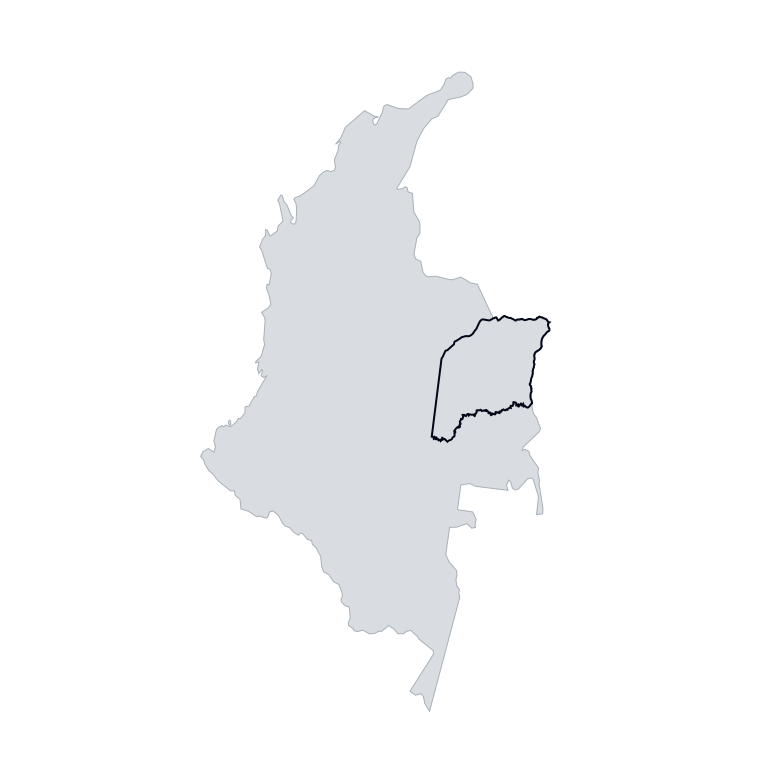 where Vichada sits in Colombia, rotated 7°
{"feature_id": "COL-1427", "entity_name": "Vichada", "entity_type": "Commissiary", "adm_level": 1, "iso_a3": "COL", "parent_name": "Colombia", "parent_adm1": "", "projection": "equal_earth", "projection_center": [-69.078, 4.548], "detail": "fine", "context": "in_parent", "style": "outline", "palette": "ink", "viewbox_px": 768, "rotation_deg": 7, "n_neighbors": 0, "source": "natural_earth", "source_scale": "10m", "svg_char_len": 9655}
<svg xmlns="http://www.w3.org/2000/svg" viewBox="0 0 768 768"><g transform="rotate(7 384 384)"><path d="M431.1,86.5L425.0,89.8L413.1,93.9L404.8,111.8L399.2,114.9L392.3,125.5L387.2,138.6L383.2,165.4L372.9,188.1L373.7,189.1L377.8,188.1L381.6,185.6L383.0,186.3L384.4,190.3L389.0,191.3L392.7,209.7L399.7,219.1L400.4,222.7L401.3,230.3L398.8,235.0L398.0,251.9L400.2,256.0L405.5,257.7L409.0,268.2L411.2,270.7L414.4,272.3L422.2,270.7L436.1,272.4L439.4,272.1L447.3,268.5L457.2,273.0L464.5,273.7L484.5,305.5L486.5,304.5L489.0,306.4L494.1,303.1L498.4,302.6L504.1,304.2L511.7,304.2L526.8,300.9L529.1,299.1L537.4,300.9L539.8,303.3L541.0,309.2L540.1,312.9L537.2,316.6L535.6,321.3L535.3,327.1L533.8,331.4L531.1,334.1L530.1,338.2L530.7,343.5L529.2,367.4L530.4,369.4L531.3,379.3L534.8,392.1L536.5,395.8L539.4,398.7L544.8,409.3L543.6,412.9L529.9,429.4L529.2,433.2L531.8,431.7L536.0,433.2L537.5,437.2L547.7,448.7L547.5,453.1L550.4,461.7L549.9,463.7L557.0,488.3L557.2,493.5L551.3,495.0L551.1,478.4L550.3,475.1L543.6,460.4L542.2,459.2L537.8,460.9L530.4,471.7L527.0,473.3L524.2,471.8L521.4,465.4L519.6,464.2L517.9,469.6L520.1,474.4L487.5,474.4L481.2,472.4L472.5,474.9L472.3,499.8L487.8,500.2L492.0,507.3L491.6,513.1L492.3,515.2L488.6,516.4L483.2,512.5L473.6,517.2L466.6,518.3L466.1,545.9L470.3,552.7L478.6,560.1L479.8,565.1L479.2,569.8L481.1,575.8L483.9,578.9L483.8,582.5L485.2,586.4L469.1,703.2L463.4,696.1L461.3,689.6L458.5,687.0L453.1,689.0L447.2,685.8L466.0,646.2L465.4,642.6L449.7,632.9L448.0,630.5L440.5,625.3L436.4,626.8L434.0,629.4L428.3,630.2L423.7,626.0L418.2,623.2L411.6,629.9L409.6,629.8L404.9,632.7L399.8,633.8L393.3,630.9L388.0,632.9L384.3,632.5L382.9,630.4L378.2,628.0L377.7,625.4L379.0,620.5L377.0,610.8L376.2,609.2L372.6,609.0L368.4,605.6L367.6,603.5L368.5,599.6L367.7,596.2L363.6,588.5L358.0,586.5L352.5,580.0L347.0,577.8L344.5,573.2L342.1,562.8L336.5,554.7L332.5,552.0L331.2,548.2L327.1,547.7L321.6,542.5L319.1,542.1L317.4,544.6L312.3,542.0L307.9,538.1L303.4,537.1L300.4,534.7L295.1,527.2L289.3,523.6L285.9,525.0L284.8,530.5L282.9,531.5L276.2,530.1L275.1,531.2L273.4,531.0L265.2,526.9L257.2,525.4L255.2,516.1L250.0,512.7L248.5,508.3L244.8,508.8L231.1,500.3L225.4,494.5L220.6,491.2L215.5,484.6L214.7,482.0L210.8,478.1L212.7,473.2L217.4,469.5L223.6,472.4L224.4,466.6L222.1,461.5L223.2,450.0L224.8,447.4L228.2,445.1L230.3,446.0L231.7,444.1L236.7,444.9L238.2,444.1L242.0,439.5L243.7,435.8L245.4,436.2L249.5,429.9L248.9,423.7L252.7,422.4L256.8,412.2L258.5,411.9L259.4,407.1L266.6,390.2L264.0,392.2L261.2,391.0L261.7,385.3L260.8,384.6L258.5,389.0L256.6,384.6L257.1,377.4L254.0,378.7L254.1,377.1L258.7,371.6L260.7,359.2L259.2,354.7L258.3,336.1L257.5,332.6L253.8,327.9L259.8,322.6L262.0,318.6L259.3,310.4L255.8,303.4L255.7,299.3L257.8,299.7L258.7,288.2L256.8,283.8L254.3,283.7L246.5,266.7L243.8,263.1L245.9,255.0L248.3,251.4L247.8,245.2L249.4,245.5L252.8,251.1L254.1,250.2L259.5,244.9L259.7,239.9L264.0,234.7L258.1,217.3L256.1,214.6L258.6,209.0L260.0,209.3L262.3,214.8L266.0,218.4L271.4,228.1L273.8,230.2L272.0,232.4L271.7,234.7L272.5,236.0L275.6,236.3L276.9,233.6L276.1,221.8L274.8,215.9L272.0,211.7L272.9,210.0L278.5,207.1L290.3,195.9L294.4,185.3L297.5,181.5L301.0,179.0L305.2,179.6L308.5,178.3L309.5,174.9L307.4,167.6L310.0,157.6L309.9,152.5L311.6,149.5L311.0,148.3L306.7,151.9L311.2,144.8L314.3,134.0L331.4,115.1L342.4,119.7L346.0,119.4L341.4,121.7L340.7,124.5L342.2,127.3L343.9,128.2L345.3,126.3L349.1,115.2L349.7,109.1L351.3,107.0L353.7,106.3L364.5,108.9L374.8,108.0L391.5,92.2L404.2,85.4L407.3,78.9L408.2,74.1L410.4,72.2L412.8,72.2L414.3,69.5L420.1,65.3L426.3,64.8L432.8,68.5L435.8,75.0L436.3,79.5L431.1,86.5ZM236.9,442.9L236.1,443.7L234.6,442.2L234.1,440.3L235.0,438.9L236.2,439.3L236.9,442.9Z" fill="#d9dde1" stroke="#a8b0b8" stroke-width="1"/><path d="M540.7,302.6L540.0,303.4L539.7,303.8L539.5,304.3L539.6,305.8L540.6,308.0L541.3,308.7L541.6,309.5L541.6,310.4L541.5,311.0L541.2,311.4L540.1,312.0L539.7,312.3L538.4,314.3L538.1,314.9L536.4,317.1L535.8,318.5L535.3,320.0L535.1,321.6L535.1,323.4L535.4,325.6L535.5,326.4L536.1,327.3L536.0,327.8L535.5,328.6L535.1,330.0L534.6,330.3L534.3,330.6L533.8,331.4L533.6,331.6L532.7,332.0L532.2,332.8L531.7,332.8L530.5,334.0L529.8,335.5L529.6,337.1L529.8,338.6L530.1,339.2L530.3,339.8L530.4,340.5L530.4,341.4L530.4,341.7L530.1,342.6L530.0,343.1L530.0,343.9L530.2,344.7L530.4,345.0L530.9,345.8L531.0,346.1L530.9,346.5L530.7,347.0L530.7,348.9L530.6,349.6L530.2,351.1L530.1,352.6L530.0,353.5L530.4,354.7L530.4,355.1L530.3,355.6L530.4,356.0L530.2,356.7L530.2,358.4L529.9,359.0L529.7,359.6L529.5,360.4L529.4,362.6L529.2,363.6L529.3,364.8L529.2,365.2L529.1,365.5L528.9,365.7L528.7,365.9L528.7,366.5L528.8,366.9L529.0,367.2L529.2,367.6L529.5,367.8L529.5,367.5L530.0,368.0L530.2,368.5L530.4,369.9L530.5,370.0L530.9,370.2L531.0,370.4L531.0,370.7L530.9,371.3L530.8,371.6L530.9,372.1L531.3,372.9L531.4,373.4L531.3,373.9L530.8,375.1L530.7,376.6L530.8,377.9L531.1,379.1L531.2,380.3L531.5,381.0L532.0,381.6L532.5,382.3L532.8,383.6L533.1,384.0L533.3,384.7L533.2,385.4L532.7,385.7L532.3,386.1L530.9,388.7L529.7,389.8L528.6,389.9L527.6,389.3L526.5,388.5L525.9,389.1L525.5,389.4L525.2,389.3L524.9,388.9L524.9,387.5L524.7,387.0L524.1,388.4L523.7,388.6L523.2,388.0L522.8,387.0L522.5,386.7L522.1,386.8L521.9,387.3L521.6,388.2L521.3,388.7L520.7,389.7L520.3,390.0L519.9,389.9L519.7,389.6L519.8,389.2L520.0,388.8L520.1,388.4L519.8,387.9L519.1,388.3L517.9,389.1L517.7,388.5L517.7,387.6L517.5,386.8L516.9,386.4L515.6,386.2L515.0,386.1L514.6,386.4L514.6,387.1L515.0,387.7L515.1,388.1L514.8,388.6L514.6,389.2L514.5,389.8L514.3,390.1L513.0,390.1L512.5,390.2L512.3,390.7L512.4,391.2L512.6,391.8L512.4,391.7L512.1,391.9L511.8,392.2L511.7,392.6L510.7,392.9L510.3,393.3L509.9,393.9L509.8,394.5L509.6,394.7L509.3,394.6L509.0,394.3L508.6,394.3L508.4,394.5L508.1,394.9L507.7,395.2L506.8,395.3L506.3,395.1L505.9,394.8L505.5,394.7L504.9,395.4L504.1,395.6L504.0,396.6L503.9,397.0L503.6,397.2L502.4,397.0L502.1,397.3L502.2,398.1L502.2,398.8L501.6,398.8L501.2,398.3L501.0,398.0L500.7,398.1L499.7,398.8L499.3,398.8L499.0,398.7L499.0,398.4L498.6,398.1L498.4,398.1L498.2,398.3L498.0,398.8L498.1,400.4L497.7,400.7L495.8,400.3L495.5,400.1L495.1,400.5L494.8,401.4L494.5,401.7L494.1,401.9L493.8,401.7L493.7,401.4L493.5,401.2L493.6,400.1L493.4,400.1L492.9,399.6L492.7,399.4L492.3,399.5L491.6,400.2L491.4,400.2L491.4,399.6L491.3,399.4L491.2,399.2L490.7,398.9L490.4,398.4L490.1,398.3L489.8,398.4L489.5,398.4L489.3,398.0L489.1,397.5L488.7,397.3L488.3,397.4L488.1,397.8L488.1,398.4L487.8,398.4L487.4,398.0L486.8,397.9L485.7,398.4L485.1,398.6L484.6,398.8L484.4,398.9L484.1,398.8L483.9,398.4L483.6,398.0L483.1,397.8L482.6,398.0L481.7,398.5L481.1,398.7L480.4,398.7L480.0,398.6L479.5,398.7L479.2,398.9L479.1,399.3L479.3,399.6L479.4,400.0L479.2,401.5L478.7,402.1L478.4,402.1L478.2,402.4L478.1,404.5L477.9,404.8L477.6,404.7L477.1,404.1L476.5,403.5L476.1,403.4L475.6,403.7L474.9,403.8L472.9,403.7L472.4,403.8L472.2,404.6L472.0,404.9L471.6,404.1L471.4,403.7L471.2,403.5L470.6,403.6L470.3,403.9L470.0,404.4L469.2,405.9L468.6,405.7L468.3,405.5L468.1,405.2L467.8,405.0L467.1,404.9L466.4,404.9L465.8,405.1L466.0,405.5L466.6,406.7L466.4,407.3L466.2,409.0L465.9,409.3L464.7,409.3L464.7,410.2L464.6,410.4L464.4,410.9L464.3,411.3L463.8,411.9L463.9,412.4L464.1,413.0L464.5,413.4L464.8,413.8L464.8,414.1L464.8,414.3L464.3,414.4L464.1,414.7L464.1,415.4L464.5,416.4L464.6,417.0L464.5,417.4L464.2,417.6L463.8,416.8L463.7,416.6L463.5,417.2L463.5,417.7L463.5,418.1L463.1,418.3L462.9,418.2L462.5,417.8L462.4,417.7L462.2,417.9L462.1,418.2L461.5,418.7L461.1,419.2L460.4,420.2L460.0,421.3L459.5,421.8L459.4,422.1L459.5,422.3L460.1,422.5L460.4,422.6L460.6,422.9L460.7,423.2L460.6,423.5L460.3,423.8L459.9,423.9L459.8,424.1L459.9,424.5L460.1,425.1L460.3,425.9L460.3,426.8L460.1,427.5L458.6,428.7L458.4,429.2L458.2,430.1L457.9,430.6L457.2,431.2L454.8,432.5L453.9,433.6L451.2,431.3L450.8,431.2L450.2,431.2L449.9,431.7L449.6,431.7L448.9,430.6L448.6,430.3L448.3,430.3L448.3,430.5L448.3,430.8L448.5,431.3L448.6,431.7L448.6,432.1L448.4,432.4L447.2,433.6L446.9,432.7L446.8,432.4L446.6,432.4L446.3,432.5L445.9,432.9L445.5,433.1L445.0,433.3L444.7,433.1L444.4,432.2L444.0,431.8L443.5,431.9L442.8,432.3L442.7,432.1L442.8,431.7L442.8,431.2L442.4,430.7L442.1,430.8L442.0,431.1L442.0,431.6L441.8,431.9L441.6,431.6L441.2,430.9L440.7,430.4L440.4,430.9L440.5,431.5L440.5,432.0L440.4,432.3L440.2,432.5L440.0,432.3L440.0,431.9L440.1,431.1L440.0,430.9L439.5,430.7L439.0,430.6L438.5,430.1L437.8,430.3L438.0,351.6L438.3,351.2L438.9,350.1L440.8,344.0L441.3,343.3L442.4,342.9L442.9,342.6L447.9,336.8L448.4,336.5L448.6,336.1L448.7,334.3L448.9,333.6L449.3,333.0L450.6,332.3L451.1,331.9L451.7,331.3L453.6,329.9L455.4,328.1L456.0,327.8L456.6,327.7L458.4,326.8L459.5,326.5L461.7,326.3L462.9,326.0L463.7,325.5L464.7,324.7L465.6,323.8L466.2,322.9L467.2,320.9L467.4,320.3L468.6,318.7L469.1,317.6L471.1,311.3L471.7,310.0L472.6,308.8L473.4,308.1L474.3,307.8L480.4,308.1L481.5,307.8L484.4,305.5L485.1,305.3L486.5,304.4L487.2,304.2L487.8,304.6L489.0,306.5L489.6,307.1L491.3,305.9L492.9,303.7L493.6,303.2L494.4,302.2L494.9,301.9L495.6,301.8L496.2,302.0L497.3,302.6L497.8,302.5L498.4,302.7L499.1,303.0L499.7,303.1L501.5,303.0L502.1,303.1L503.9,303.9L504.6,304.0L505.1,304.2L506.3,304.9L507.0,305.0L507.4,304.8L508.1,303.9L508.5,303.7L510.2,303.6L512.3,302.7L512.9,302.6L513.5,302.7L515.4,303.4L516.4,303.4L519.7,301.9L520.9,301.6L524.5,302.1L525.7,301.9L526.7,301.4L527.2,301.2L527.5,300.9L527.6,300.5L527.7,300.1L527.8,299.7L528.1,299.5L528.5,299.6L528.8,299.5L529.1,299.2L529.7,298.4L530.0,298.2L530.7,298.4L532.7,298.6L537.2,300.0L538.0,300.7L538.8,301.7L539.6,302.5L540.7,302.6Z" fill="none" stroke="#020617" stroke-width="2"/></g></svg>